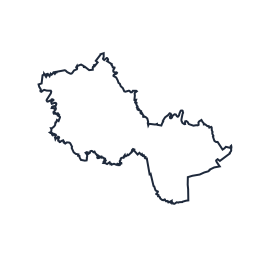 Chinampa de Gorostiza, Veracruz, Mexico (Robinson projection), rotated 211°
{"feature_id": "50627088B51202553457733", "entity_name": "Chinampa de Gorostiza", "entity_type": "district", "adm_level": 2, "iso_a3": "MEX", "parent_name": "Mexico", "parent_adm1": "Veracruz", "projection": "robinson", "projection_center": [-97.667, 21.376], "detail": "fine", "context": "isolated", "style": "outline", "palette": "slate", "viewbox_px": 256, "rotation_deg": 211, "n_neighbors": 0, "source": "geoboundaries", "source_scale": "gbopen_adm2", "svg_char_len": 5862}
<svg xmlns="http://www.w3.org/2000/svg" viewBox="0 0 256 256"><g transform="rotate(211 128 128)"><path d="M203.7,153.4L202.6,153.1L203.0,154.0L202.2,152.7L202.2,151.9L203.9,149.5L204.1,146.7L204.4,145.6L205.1,145.0L206.1,144.8L209.0,144.6L211.1,145.1L212.0,144.9L218.5,139.1L218.0,138.7L218.4,138.3L218.7,138.1L219.4,138.4L220.1,137.6L218.6,137.0L218.6,136.7L220.4,137.2L220.9,134.4L222.3,134.7L221.9,132.0L224.7,133.1L226.0,131.7L224.5,131.1L224.5,129.6L227.9,131.3L227.5,130.5L228.4,129.2L225.0,121.7L227.1,119.3L225.2,117.5L223.0,116.4L222.5,116.0L222.2,114.6L221.7,114.3L220.8,114.5L220.4,115.9L219.5,117.5L216.9,118.2L213.4,120.2L212.5,119.6L212.0,117.9L212.2,110.4L211.9,109.6L210.9,109.1L210.3,109.3L208.9,111.4L208.2,111.4L208.0,111.8L208.2,113.2L207.3,113.8L206.3,113.6L206.3,113.1L207.1,111.9L206.9,110.3L205.8,109.5L203.6,112.0L202.4,112.2L201.8,111.7L201.4,109.7L203.7,107.6L204.0,106.9L203.7,105.8L202.7,106.4L201.6,106.5L200.8,107.2L200.6,108.0L200.0,107.8L199.5,106.5L199.8,105.5L199.8,103.9L200.1,103.3L199.8,102.8L199.3,103.1L198.8,102.2L198.3,102.5L198.2,103.5L197.7,103.5L197.7,103.0L197.3,102.9L195.7,103.0L195.9,104.0L195.7,104.5L193.9,103.8L194.1,102.5L192.3,102.6L191.8,102.1L191.1,98.2L193.0,98.3L192.5,95.8L193.0,95.5L192.9,94.8L192.0,93.1L192.1,91.3L193.1,88.5L193.9,88.1L192.9,87.4L191.8,84.9L192.6,83.9L191.8,83.8L190.0,84.7L189.5,84.5L189.9,83.8L189.7,83.2L188.6,83.0L188.1,84.9L186.5,85.1L186.2,84.9L187.0,84.2L185.9,83.6L185.4,82.5L185.6,82.2L184.4,81.0L184.4,81.9L183.7,82.8L183.4,84.5L182.6,84.7L182.2,84.5L181.8,81.8L181.3,81.2L180.7,81.4L179.4,80.7L178.9,81.1L178.5,82.5L177.2,84.1L176.8,83.9L176.3,83.0L175.6,83.2L175.1,82.9L175.1,82.4L173.8,82.3L173.0,84.2L171.0,85.2L169.7,85.2L166.3,83.1L166.0,81.9L162.0,79.2L159.5,78.9L156.9,79.8L156.5,78.5L155.2,79.0L154.3,77.8L151.9,76.4L148.2,77.8L146.8,78.9L147.4,80.6L147.9,81.0L148.2,82.3L149.3,84.0L151.6,84.9L151.0,86.0L149.9,86.4L149.4,85.3L148.8,85.1L147.9,87.0L148.3,88.7L147.6,89.5L146.7,89.8L145.1,89.4L144.5,90.5L142.6,89.3L141.4,89.2L140.8,88.7L140.0,89.1L138.9,89.0L139.4,87.9L138.9,87.6L139.0,86.7L138.7,86.6L138.3,86.6L137.3,87.5L136.9,88.8L136.3,89.1L136.3,89.8L136.0,89.9L135.4,88.9L135.0,89.1L134.9,89.6L133.4,89.9L132.5,89.3L131.8,89.8L131.3,88.9L130.4,88.8L130.4,88.4L130.9,87.9L131.5,87.8L131.5,87.4L131.5,86.4L130.5,86.6L130.7,85.5L129.5,86.2L127.4,86.3L126.1,89.2L124.7,88.1L124.6,88.6L123.9,88.8L123.1,88.2L121.6,90.1L119.0,90.5L118.7,91.9L118.2,92.1L118.3,91.3L117.4,91.0L116.0,91.9L115.9,93.5L115.4,94.1L115.8,94.6L116.9,93.9L117.4,94.8L118.0,95.3L117.9,97.1L118.3,97.5L118.5,98.3L117.7,99.6L116.4,100.2L116.4,101.2L116.9,101.6L116.8,103.2L115.9,102.3L115.4,102.5L114.5,104.4L114.6,104.8L113.9,104.7L113.5,105.4L112.7,108.3L112.7,110.0L112.3,109.7L112.1,110.7L112.7,110.9L112.5,111.3L113.1,111.5L113.0,112.0L112.2,111.7L111.9,112.2L112.2,112.7L111.6,112.8L111.6,112.4L110.8,111.7L106.1,110.2L105.4,112.6L102.8,111.8L102.6,112.8L101.2,111.9L100.5,112.8L100.1,112.5L100.1,111.8L98.2,112.2L98.0,111.0L97.6,110.9L96.2,111.6L85.6,99.4L85.0,100.4L76.2,91.4L75.4,91.4L72.8,89.1L72.0,88.7L69.7,88.9L69.4,87.8L69.9,86.3L69.7,85.9L67.4,86.2L67.0,85.0L66.1,85.3L64.8,85.0L64.1,84.2L61.7,83.9L60.5,84.3L59.9,85.6L59.5,85.7L59.2,85.2L57.6,84.8L57.3,85.3L56.4,85.5L56.3,85.8L55.8,85.7L55.2,85.0L54.8,85.2L53.8,86.9L53.8,86.2L52.6,86.0L52.9,86.7L52.5,87.5L52.1,87.0L50.8,86.8L50.4,86.4L49.1,87.0L48.0,89.4L46.4,90.0L46.0,90.7L43.3,92.5L43.2,93.0L40.9,95.5L39.0,97.0L45.0,106.6L47.6,110.1L51.4,116.7L48.1,120.3L42.6,125.0L39.7,129.2L36.9,132.2L36.3,133.8L36.6,134.3L33.8,138.6L29.6,142.3L34.2,144.4L35.6,145.3L35.7,145.8L35.1,147.4L32.3,147.1L27.6,158.6L28.0,159.0L27.8,161.1L28.1,162.2L28.6,162.7L29.5,164.9L30.4,165.9L30.6,165.2L29.9,164.4L29.8,163.7L34.4,162.3L34.9,160.1L35.8,158.2L44.0,162.2L45.2,161.4L47.1,161.4L47.6,161.7L50.8,164.4L50.7,165.2L52.6,166.4L53.3,167.2L53.4,168.1L54.9,169.1L56.6,171.6L57.3,171.8L58.5,170.2L59.8,171.2L60.9,170.5L63.7,170.9L64.8,170.1L65.4,171.0L67.3,171.6L69.2,172.7L70.4,170.3L70.5,169.1L69.1,167.1L69.6,166.2L71.0,165.5L73.1,163.7L77.3,162.8L78.0,162.7L79.9,163.8L81.5,164.0L82.4,163.2L81.7,161.5L81.1,160.8L81.7,160.3L83.9,160.4L85.9,161.7L86.6,162.8L88.5,168.2L88.6,169.4L90.1,170.9L90.5,170.9L91.6,170.2L91.7,169.7L91.4,167.1L90.8,165.2L90.9,163.6L91.3,163.2L92.2,163.3L94.0,164.2L95.2,163.7L96.1,161.3L95.7,159.6L96.2,158.4L96.9,158.2L97.9,159.2L97.7,161.0L97.9,161.7L98.9,162.3L99.9,162.0L100.2,159.9L101.7,156.2L101.8,153.1L101.6,152.5L101.7,151.9L101.2,151.7L101.1,149.4L100.7,147.3L104.6,145.8L105.2,146.5L106.4,145.0L112.2,142.4L112.0,140.7L113.6,142.4L114.0,143.8L116.4,146.1L118.8,146.5L120.7,145.4L121.1,145.9L121.1,146.7L122.4,147.1L123.5,148.0L124.0,147.9L123.5,147.4L123.7,147.1L124.7,147.1L125.3,147.8L125.1,148.8L125.4,149.2L126.4,149.0L127.5,149.4L128.1,148.8L129.0,148.8L128.7,149.6L129.0,150.1L130.2,150.2L130.7,149.9L131.1,150.2L130.9,151.4L132.9,152.3L133.7,154.1L134.2,154.1L134.2,153.3L135.0,153.5L135.6,156.4L136.2,156.0L136.0,155.3L136.2,155.1L136.9,155.2L138.8,159.3L140.1,161.0L140.3,161.5L139.4,164.0L140.1,164.1L143.0,162.4L143.1,160.7L143.5,160.3L144.1,160.0L145.8,160.6L146.5,160.4L148.9,157.8L150.1,157.5L152.9,159.5L155.8,160.1L157.8,161.7L159.4,161.8L161.2,163.4L164.1,165.2L167.2,165.1L167.5,165.5L167.6,166.3L165.9,168.6L165.8,169.6L166.5,169.8L168.1,168.7L169.6,168.8L170.4,169.9L170.5,172.7L170.7,172.9L172.3,172.1L173.1,172.9L174.8,173.7L174.8,174.4L180.4,174.5L180.1,176.0L180.5,176.6L181.8,177.2L182.3,177.0L183.4,174.0L184.6,174.2L185.1,174.5L185.5,176.5L187.4,179.6L189.5,177.1L189.3,176.9L190.2,169.0L187.8,168.6L188.4,164.3L189.4,164.6L189.6,164.3L188.7,163.2L189.5,162.4L189.4,161.8L188.2,159.8L191.1,157.6L196.7,158.3L197.0,157.9L196.7,156.8L197.5,158.0L198.2,158.3L200.9,158.2L203.0,155.5L203.3,154.5L203.7,154.9L203.7,153.4Z" fill="none" stroke="#1e293b" stroke-width="2"/></g></svg>